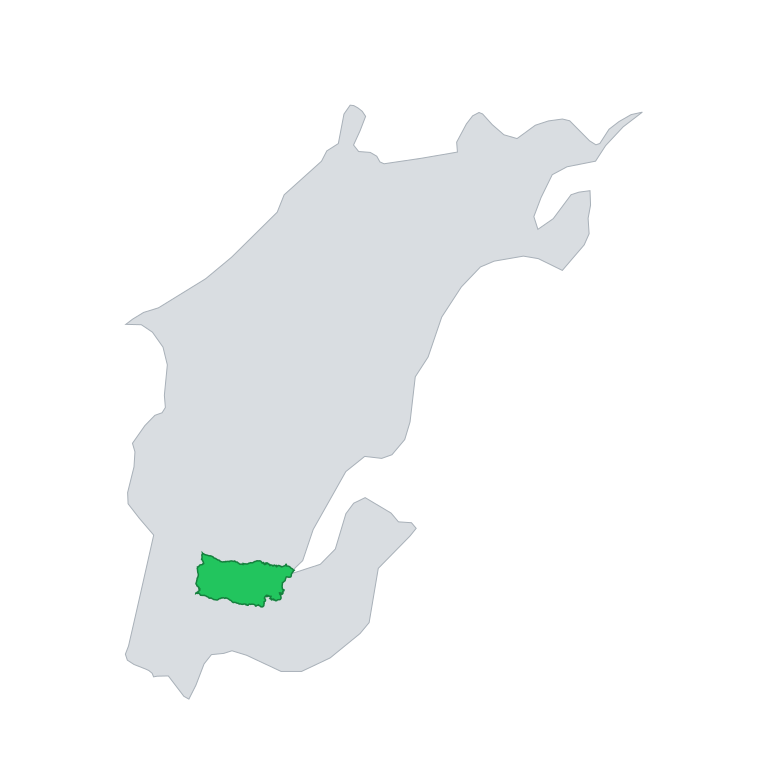 Bagaces, Guanacaste, Costa Rica shown in context, rotated 261°
{"feature_id": "36466004B76041075166072", "entity_name": "Bagaces", "entity_type": "district", "adm_level": 2, "iso_a3": "CRI", "parent_name": "Costa Rica", "parent_adm1": "Guanacaste", "projection": "robinson", "projection_center": [-85.261, 10.512], "detail": "fine", "context": "in_parent", "style": "filled", "palette": "green", "viewbox_px": 768, "rotation_deg": 261, "n_neighbors": 0, "source": "geoboundaries", "source_scale": "gbopen_adm2", "svg_char_len": 7585}
<svg xmlns="http://www.w3.org/2000/svg" viewBox="0 0 768 768"><g transform="rotate(261 384 384)"><path d="M664.7,394.2L663.7,397.7L660.8,401.4L656.7,405.2L651.2,407.7L637.9,400.0L624.8,391.3L617.6,395.3L614.9,406.6L610.1,412.5L604.0,414.7L601.5,418.5L601.1,456.8L601.6,492.8L611.5,493.6L628.0,506.1L635.0,513.5L637.3,520.3L635.3,523.6L623.2,531.5L611.4,541.4L605.6,553.8L615.9,573.9L618.1,587.5L617.8,601.7L614.9,608.6L592.1,625.0L587.1,630.7L587.8,634.8L600.4,646.1L606.4,657.1L611.4,670.2L612.1,681.7L600.6,660.5L584.8,640.2L571.0,627.8L569.9,598.7L564.4,582.9L543.6,568.3L525.9,558.2L512.7,560.2L520.8,577.0L541.7,598.4L543.0,606.6L542.7,617.7L528.4,616.0L515.7,611.5L500.3,610.1L490.1,603.5L468.3,577.9L483.7,556.0L488.5,541.7L488.1,511.9L484.5,497.5L467.8,475.6L441.1,451.5L403.8,431.8L386.2,416.0L342.5,403.8L325.9,395.8L312.9,380.8L310.9,370.1L315.5,353.6L303.5,332.6L251.4,291.3L222.3,276.1L216.1,267.2L211.4,264.4L215.9,292.9L228.6,310.1L261.9,326.1L271.0,335.4L274.7,347.6L255.4,370.8L245.6,376.7L242.7,389.4L236.4,393.2L229.8,385.9L202.8,349.5L150.7,332.0L141.3,321.3L121.9,288.0L113.0,257.6L116.2,237.4L137.6,205.8L144.3,192.1L143.0,183.6L143.7,171.2L135.7,162.5L115.9,151.1L103.3,142.0L106.8,137.5L129.4,125.3L130.9,114.3L130.8,110.6L134.5,109.8L137.8,106.9L139.8,103.9L146.0,93.3L151.4,87.3L157.6,86.3L165.2,90.7L193.8,102.2L225.6,114.9L270.8,132.9L289.5,121.4L305.7,112.5L316.9,113.8L341.2,124.1L355.9,127.4L364.8,126.3L380.4,141.4L388.9,152.8L390.3,160.3L395.0,164.4L407.2,165.3L436.8,173.0L455.0,171.5L471.4,163.4L480.5,153.6L483.3,138.3L487.4,145.9L492.3,157.8L494.5,173.1L515.9,224.4L533.0,253.2L570.4,305.4L586.5,315.0L613.8,357.1L623.2,364.0L628.6,376.5L656.9,386.7L664.7,394.2Z" fill="#d9dde1" stroke="#a8b0b8" stroke-width="1"/><path d="M206.5,165.3L206.8,166.1L206.4,166.8L206.3,167.4L206.4,167.7L206.6,168.1L206.3,168.4L205.2,169.3L204.3,169.6L204.1,169.7L203.9,170.6L203.7,171.0L203.6,171.8L203.4,172.5L203.5,173.3L203.1,173.7L203.0,174.2L202.6,174.9L201.9,175.6L201.1,176.9L200.4,177.6L199.8,177.8L199.8,178.3L199.6,178.9L199.6,179.1L199.8,179.3L199.7,179.8L199.0,180.5L198.2,181.6L197.8,182.0L197.4,183.3L197.2,184.0L196.8,185.2L196.8,185.9L197.0,186.2L197.2,186.9L197.5,187.2L197.7,187.6L197.8,188.3L197.7,189.1L198.0,189.4L198.0,189.8L198.2,190.1L197.9,190.7L198.1,191.2L198.1,191.8L197.2,193.2L197.2,193.6L197.4,194.0L197.6,194.1L197.6,194.3L196.2,196.6L194.7,198.0L194.1,199.0L192.6,200.0L191.8,200.8L191.7,201.0L191.7,201.3L191.8,201.5L191.8,201.9L191.7,202.5L191.4,202.9L191.4,203.5L190.5,204.5L190.4,205.1L190.2,205.8L189.9,206.1L189.3,206.5L189.4,207.6L189.0,208.2L188.5,209.6L188.5,209.9L188.6,210.1L188.5,210.4L188.5,210.7L188.7,211.2L188.6,211.7L188.3,212.3L188.3,212.6L188.0,212.9L187.9,213.3L187.6,213.2L187.4,213.2L187.3,213.6L187.3,213.9L186.8,214.4L186.8,214.7L186.8,215.3L187.2,215.5L187.4,215.9L187.7,216.3L187.6,216.9L187.2,217.7L187.3,218.6L187.1,219.8L186.9,220.4L186.7,221.1L186.0,221.9L185.5,222.3L184.9,222.3L184.7,222.5L184.7,223.0L185.3,224.0L185.2,225.1L185.5,225.5L185.4,225.6L184.7,226.0L184.3,226.7L183.3,227.4L183.0,228.2L183.0,228.5L183.0,228.8L182.9,229.3L183.3,229.6L183.5,230.3L184.1,230.7L185.8,231.1L186.3,231.4L187.0,231.3L187.7,231.5L187.9,231.8L188.0,232.5L188.5,233.0L189.5,233.2L190.2,232.9L190.6,232.4L190.9,232.7L191.8,232.6L192.2,232.8L192.4,233.3L192.9,233.7L192.4,234.5L192.5,234.8L193.2,235.0L193.6,234.7L193.7,234.8L193.7,235.3L193.5,235.6L193.2,235.6L193.1,236.4L192.5,236.2L192.6,236.7L192.8,237.1L192.4,237.5L192.0,237.6L192.1,238.0L191.7,238.2L191.6,238.4L191.7,238.6L192.0,238.8L192.0,239.2L191.7,239.2L191.5,238.9L191.2,238.7L189.9,238.3L189.8,237.9L189.6,238.1L189.6,238.7L189.4,238.3L189.4,239.3L189.0,239.4L188.6,239.0L188.4,239.1L188.6,239.5L188.9,239.8L188.5,240.1L188.2,240.7L188.3,240.8L188.7,240.9L188.8,241.0L188.6,241.1L188.0,241.2L188.0,241.5L188.2,241.9L187.7,242.1L187.7,242.5L187.0,242.8L186.8,243.6L186.9,244.3L187.2,244.5L187.5,245.2L187.5,245.8L187.4,246.3L187.3,247.4L187.6,248.1L188.3,248.5L188.7,248.9L189.2,248.9L190.0,248.8L190.8,249.0L191.7,248.8L192.5,248.2L194.1,248.1L194.1,248.5L193.3,249.1L193.7,249.6L193.4,250.1L193.3,250.5L193.1,250.7L192.8,250.0L192.6,249.9L192.4,250.0L192.3,250.3L192.4,250.7L192.8,251.2L193.0,251.2L193.5,251.6L194.1,251.6L194.8,251.5L195.2,251.8L195.3,252.6L195.6,252.9L196.4,253.0L196.7,252.6L197.0,251.7L197.3,251.6L200.2,251.7L202.8,252.5L203.5,252.5L204.3,254.0L204.8,254.6L205.2,255.5L206.6,256.1L208.5,257.1L208.7,257.3L208.8,257.9L208.6,258.4L208.3,258.9L208.1,259.7L208.0,260.5L208.0,261.6L208.8,262.3L209.8,262.6L210.4,262.6L211.0,263.1L211.3,263.3L212.2,264.0L213.0,264.9L213.4,265.1L214.0,266.0L214.3,265.4L215.2,265.1L216.1,264.2L216.8,263.2L217.7,262.7L218.5,262.0L219.2,260.6L219.3,259.6L219.5,259.2L220.1,259.2L220.5,259.3L221.1,259.3L221.3,259.1L221.2,258.9L220.3,258.2L220.0,257.8L219.9,256.9L219.5,255.3L219.4,254.5L219.4,254.3L219.7,254.2L219.9,253.9L220.0,253.3L220.3,253.3L220.4,253.0L220.9,252.4L221.3,251.3L220.5,249.7L220.3,249.5L220.3,249.4L220.7,249.5L220.8,249.5L220.9,249.0L221.0,248.9L221.2,249.0L221.3,249.4L221.6,249.4L221.5,248.2L222.2,247.6L222.3,247.3L222.2,247.0L222.1,246.6L221.7,246.4L221.6,245.8L221.9,245.5L222.3,245.4L222.8,244.6L222.8,244.2L222.6,243.4L222.6,242.8L223.4,242.6L223.5,243.0L224.0,242.4L224.1,241.8L224.5,241.6L225.0,241.2L225.4,241.0L225.4,240.6L224.9,240.5L224.9,240.4L225.1,240.0L225.5,240.0L225.7,239.9L225.7,239.2L225.2,239.0L224.7,239.3L224.5,239.1L224.4,238.7L224.4,238.3L224.5,238.1L224.8,238.2L224.8,238.7L225.2,238.7L225.3,238.4L225.3,238.0L225.2,237.7L224.8,237.5L225.1,237.3L225.4,237.5L225.6,237.5L225.9,237.4L226.1,237.2L226.4,237.1L226.6,236.9L226.4,236.3L226.1,236.2L226.1,235.9L226.2,235.6L226.7,235.5L228.0,234.8L228.5,234.2L228.8,233.7L228.8,232.8L229.2,231.2L229.2,230.4L228.9,229.7L228.9,228.7L228.8,228.2L228.0,226.4L228.0,225.8L228.4,224.1L228.2,223.8L228.2,222.6L227.9,222.3L227.9,221.9L227.6,221.1L227.6,220.3L228.0,219.5L228.0,218.5L228.8,216.7L227.8,216.5L228.5,214.8L228.5,214.5L228.4,214.2L228.7,213.2L229.7,212.5L230.3,211.7L231.0,211.3L231.4,210.0L231.6,209.5L232.1,209.3L232.2,208.8L232.5,208.8L232.6,208.6L232.6,208.4L232.3,208.0L232.3,207.7L232.6,206.8L233.0,206.2L233.1,205.8L233.2,204.1L232.9,203.9L232.9,203.5L232.7,203.2L233.2,202.5L233.3,201.2L233.2,200.4L233.5,199.9L233.5,199.7L233.2,199.6L233.3,199.2L233.3,198.4L233.5,198.0L233.4,197.0L233.5,196.5L233.9,195.9L234.0,195.4L234.4,194.5L235.0,194.3L235.6,193.8L235.9,193.3L236.1,192.4L236.6,192.0L237.1,191.2L238.0,190.5L238.1,190.2L238.8,188.8L239.2,188.6L240.1,188.0L240.3,187.5L240.9,186.9L241.0,186.5L241.2,186.0L241.5,185.6L241.5,185.2L241.9,183.8L242.4,183.0L243.1,181.3L243.7,180.1L244.3,179.5L244.6,179.2L244.7,178.7L245.5,178.2L244.2,178.1L243.8,177.4L243.3,177.3L242.2,177.3L240.8,177.1L240.1,176.8L239.5,176.4L239.3,176.4L239.2,176.8L238.9,176.8L238.5,177.1L237.8,177.1L237.3,177.5L236.9,177.5L236.4,177.7L235.7,177.7L235.3,177.8L234.8,177.8L234.6,177.5L234.8,177.0L234.3,176.6L234.0,176.1L234.1,175.2L234.0,173.9L233.8,173.5L233.2,173.0L232.5,172.0L232.5,171.2L231.9,171.2L231.2,170.7L230.8,170.8L227.1,170.6L225.2,170.9L224.3,170.6L223.8,170.6L223.2,170.4L223.0,170.2L221.8,169.6L221.5,169.1L220.2,168.8L219.2,168.3L218.4,168.1L216.6,167.2L216.0,167.0L215.1,167.6L214.3,167.6L213.7,167.8L213.2,168.6L212.9,168.6L212.4,168.9L211.9,169.4L211.3,169.3L210.5,169.0L210.3,169.4L210.2,170.0L209.7,169.7L209.2,169.8L208.9,169.5L208.4,168.2L208.1,168.1L207.7,167.8L207.7,167.1L207.5,166.9L207.4,166.6L206.9,166.1L206.9,165.4L206.5,165.3Z" fill="#22c55e" stroke="#15803d" stroke-width="1.5"/></g></svg>